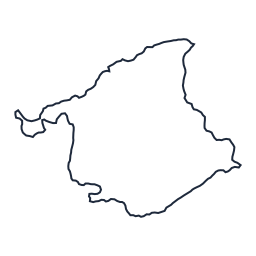 Vila Pavão, Espírito Santo, Brazil (Albers equal-area conic projection)
{"feature_id": "56859067B60026023213016", "entity_name": "Vila Pavão", "entity_type": "district", "adm_level": 2, "iso_a3": "BRA", "parent_name": "Brazil", "parent_adm1": "Espírito Santo", "projection": "albers", "projection_center": [-40.648, -18.607], "detail": "fine", "context": "isolated", "style": "outline", "palette": "slate", "viewbox_px": 256, "rotation_deg": 0, "n_neighbors": 0, "source": "geoboundaries", "source_scale": "gbopen_adm2", "svg_char_len": 3184}
<svg xmlns="http://www.w3.org/2000/svg" viewBox="0 0 256 256"><path d="M89.9,201.2L93.2,202.1L95.7,201.4L98.7,201.1L101.4,199.8L104.0,200.0L105.9,201.5L108.4,200.9L110.9,199.0L114.5,199.3L117.2,201.0L120.0,202.0L122.1,202.0L124.0,203.1L125.4,205.6L126.0,209.0L127.3,211.5L128.9,213.3L130.4,215.2L133.3,215.2L135.6,216.2L138.8,215.6L141.0,216.8L143.7,216.2L146.6,214.3L149.4,214.5L151.8,212.8L154.7,212.5L158.2,213.0L161.6,211.9L164.6,210.9L166.4,207.6L169.1,206.0L171.1,204.8L172.8,203.1L175.2,201.3L178.1,199.1L180.7,197.6L184.1,195.3L187.7,193.1L190.8,191.2L192.4,189.6L194.2,188.5L196.6,187.3L199.9,185.8L203.0,183.6L205.9,180.7L208.0,178.8L210.5,177.6L212.3,175.6L214.0,174.0L215.8,171.8L218.3,170.5L220.4,170.2L223.4,170.3L225.5,172.2L227.8,171.5L229.7,170.2L231.7,168.0L234.8,166.9L238.8,167.5L240.6,165.1L237.4,162.8L234.5,161.7L232.2,159.8L232.4,156.7L233.1,154.3L234.0,150.6L234.4,147.1L233.1,144.7L231.3,142.3L229.5,139.4L226.2,138.9L223.7,139.4L221.7,140.2L219.2,139.8L216.6,140.0L214.4,137.8L212.9,135.1L211.6,132.5L209.3,131.4L206.5,130.7L204.6,128.0L204.5,125.9L204.6,123.0L204.9,120.1L204.9,116.9L202.9,115.1L201.3,112.5L199.1,111.2L196.8,109.9L193.8,109.3L192.5,107.1L191.6,104.0L187.2,102.4L184.5,98.0L185.6,94.8L184.1,91.0L183.5,88.8L182.9,85.5L183.4,82.5L183.6,80.1L184.3,77.0L185.5,72.7L185.3,69.7L184.5,67.3L183.7,64.8L183.4,62.4L183.2,60.0L183.7,56.9L185.3,53.7L188.0,51.4L189.7,49.8L191.0,47.6L192.7,46.1L194.0,44.2L191.3,43.4L189.3,41.2L186.7,39.5L183.8,39.2L180.8,39.6L178.2,39.6L176.1,40.2L173.7,40.3L170.8,41.0L167.4,41.5L163.8,42.1L161.3,43.0L159.2,43.9L156.7,44.6L154.2,45.4L152.5,47.1L150.2,47.1L147.1,47.0L145.3,48.4L143.8,51.5L141.7,53.3L139.3,54.1L137.0,55.2L135.6,57.2L133.5,59.7L130.8,60.6L128.0,61.2L125.0,60.4L122.5,59.2L120.8,60.9L116.6,61.8L113.1,64.4L110.0,65.9L108.2,67.1L109.0,69.1L109.3,71.3L107.2,70.8L105.0,71.2L102.8,72.0L101.3,73.6L99.8,75.4L98.5,78.4L96.2,81.1L95.3,84.9L93.2,87.1L90.7,88.8L88.2,89.8L86.2,91.4L85.4,94.6L83.8,95.8L81.7,96.8L79.0,97.8L77.5,96.3L75.1,95.6L71.9,97.3L69.8,99.8L66.6,100.4L64.0,100.7L61.1,101.6L58.9,103.2L55.9,103.5L52.5,105.4L47.7,105.9L45.6,107.8L43.5,108.6L42.9,111.1L41.7,112.9L40.2,115.0L39.9,118.4L37.2,119.6L34.8,120.4L31.5,121.2L27.3,120.3L24.5,118.5L22.8,116.6L20.6,113.6L18.1,110.3L15.4,112.1L15.4,114.6L16.1,117.7L19.6,118.5L22.1,120.7L22.2,124.1L21.5,126.0L21.6,129.1L22.8,132.5L24.5,134.1L26.2,135.5L29.9,136.1L32.9,137.0L34.7,134.8L36.8,133.4L38.7,132.5L40.8,132.5L43.2,132.1L45.2,129.8L43.9,127.9L43.2,125.5L42.4,123.0L42.2,120.1L44.2,119.5L45.9,120.7L49.3,122.0L53.1,123.1L56.0,123.0L56.8,119.3L59.0,116.6L61.5,113.8L65.0,113.3L67.0,116.0L67.4,118.2L68.0,120.7L69.6,123.8L72.7,124.4L73.7,127.2L73.7,130.0L73.4,133.0L73.3,135.4L73.2,138.0L73.4,140.2L73.0,143.2L72.1,146.8L71.3,149.8L71.1,152.5L70.4,155.5L70.2,158.3L69.9,160.8L68.7,162.9L68.3,166.1L68.5,169.0L69.9,171.3L70.6,173.9L71.1,176.3L71.4,178.5L72.7,180.3L75.8,180.6L77.9,182.0L79.0,184.1L81.7,185.0L83.8,185.1L85.5,183.5L88.1,183.5L91.0,184.2L94.6,184.3L97.4,185.3L99.9,186.5L101.0,189.7L99.9,192.3L97.5,193.8L94.7,194.1L91.7,193.7L89.4,193.9L89.0,196.4L90.2,198.1L89.9,201.2Z" fill="none" stroke="#1e293b" stroke-width="2"/></svg>